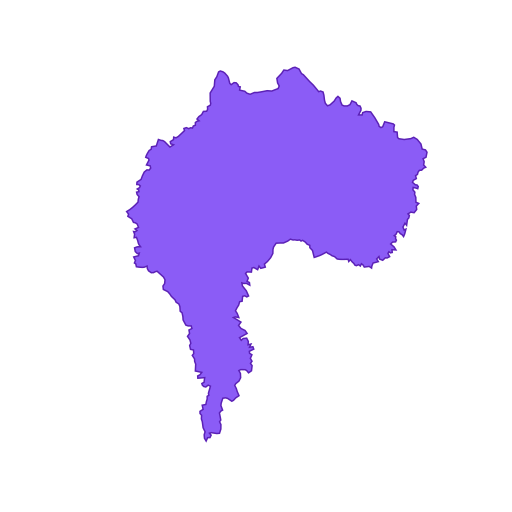 Santana da Boa Vista, Rio Grande do Sul, Brazil (orthographic projection), rotated 199°
{"feature_id": "56859067B73250631934504", "entity_name": "Santana da Boa Vista", "entity_type": "district", "adm_level": 2, "iso_a3": "BRA", "parent_name": "Brazil", "parent_adm1": "Rio Grande do Sul", "projection": "orthographic", "projection_center": [-53.19, -30.741], "detail": "fine", "context": "isolated", "style": "filled", "palette": "violet", "viewbox_px": 512, "rotation_deg": 199, "n_neighbors": 0, "source": "geoboundaries", "source_scale": "gbopen_adm2", "svg_char_len": 5855}
<svg xmlns="http://www.w3.org/2000/svg" viewBox="0 0 512 512"><g transform="rotate(199 256 256)"><path d="M127.4,404.7L128.1,409.8L130.3,411.5L133.7,411.2L136.5,415.6L141.5,418.7L145.5,419.6L147.8,417.4L153.8,414.4L159.1,413.4L160.7,414.1L162.9,419.1L166.1,418.5L167.5,422.5L167.7,424.9L169.3,425.6L178.0,424.8L178.3,419.4L179.7,418.1L181.8,418.7L182.9,420.4L188.7,425.4L194.5,429.6L199.0,428.5L201.8,426.3L201.6,423.9L205.0,422.8L204.2,427.9L204.8,429.9L206.5,431.7L208.3,431.4L210.0,432.1L211.3,433.5L215.8,433.9L216.4,429.7L218.5,427.6L221.5,426.6L223.7,426.7L226.3,429.5L227.9,432.5L230.5,433.6L231.7,431.4L232.5,427.9L235.2,423.0L237.3,421.3L240.2,423.0L241.9,425.5L244.2,430.2L246.0,432.9L248.7,433.0L250.2,431.8L257.4,436.2L262.1,438.4L270.2,442.8L272.4,443.3L276.2,446.8L280.5,447.2L282.3,446.1L286.5,441.6L290.2,440.9L291.2,437.1L294.1,430.7L291.9,426.6L289.4,424.3L289.6,421.5L294.8,417.1L299.3,415.9L304.5,412.9L307.8,411.1L310.7,410.1L314.2,407.0L317.7,407.0L320.2,408.1L325.5,407.5L326.0,410.8L327.8,410.6L328.8,412.1L331.1,413.3L333.2,412.8L335.3,409.9L337.0,410.7L340.1,415.4L341.4,416.7L345.1,418.8L347.3,419.4L350.0,419.3L351.3,417.9L351.4,412.8L352.3,409.2L350.7,402.9L352.4,395.2L349.6,387.3L348.5,385.6L348.3,383.7L350.5,381.3L349.5,379.0L349.8,376.8L352.8,375.6L353.4,372.0L355.4,369.2L356.4,366.3L353.9,365.3L355.6,364.2L356.8,362.5L355.9,359.9L357.6,358.5L357.7,356.3L359.5,356.0L361.1,354.5L363.6,354.7L365.7,353.1L364.4,351.3L366.6,347.1L368.4,343.7L370.1,341.7L372.5,341.6L371.9,339.2L374.3,336.2L373.2,334.3L370.2,334.3L372.8,331.0L379.7,334.4L381.7,334.8L383.5,334.4L386.2,334.4L386.1,327.6L390.3,325.3L389.9,322.8L391.4,320.9L392.1,317.6L392.4,315.4L392.4,313.4L389.4,313.2L388.4,311.9L389.2,306.4L385.4,306.8L384.2,304.8L385.0,302.5L387.2,301.9L389.0,299.0L389.5,294.8L389.6,291.0L392.6,287.1L392.0,284.8L390.1,285.3L388.2,284.6L388.4,282.7L390.1,280.7L388.5,280.3L387.7,278.7L389.7,277.5L388.4,275.4L385.9,274.0L385.8,271.5L385.1,268.5L386.7,265.1L388.5,261.8L390.5,258.7L392.8,255.9L390.1,254.1L390.1,251.8L385.6,250.7L382.8,247.9L380.8,248.1L378.7,247.5L376.4,244.8L379.2,242.2L376.8,241.3L378.1,239.6L379.7,239.3L377.9,237.1L377.2,233.6L375.1,234.7L372.9,232.1L371.5,229.9L370.3,228.6L368.2,227.2L371.3,226.0L373.5,224.2L371.6,220.9L368.9,219.6L367.3,220.7L367.2,218.0L371.3,215.3L368.5,212.4L368.7,209.8L367.1,209.4L365.6,206.9L362.9,207.4L359.9,208.2L358.2,208.9L355.7,211.0L354.6,208.7L352.8,207.0L349.6,206.1L347.5,206.9L346.3,208.2L344.6,209.4L336.6,206.0L334.3,203.9L333.4,200.1L334.2,197.3L332.7,194.2L327.9,193.6L325.1,192.0L322.9,190.3L320.5,189.2L318.3,188.2L316.5,186.3L313.3,185.5L311.5,183.4L309.7,179.1L307.4,178.2L305.4,174.9L304.1,171.8L299.8,167.8L297.5,167.8L294.5,168.8L293.0,166.6L295.3,164.2L293.6,161.1L294.6,157.7L291.1,155.1L289.2,152.2L289.6,149.8L287.5,146.4L284.5,146.8L283.1,143.4L283.9,141.3L280.6,138.7L279.7,136.4L277.8,134.1L275.9,127.5L269.4,128.3L270.3,125.5L272.1,123.6L271.2,121.5L264.9,124.3L264.5,122.0L264.0,119.7L265.7,117.8L264.7,116.4L262.9,115.6L260.8,115.8L259.2,118.3L256.7,118.1L256.3,110.7L255.3,109.0L256.5,107.4L255.6,104.9L255.5,102.2L255.1,99.3L258.3,97.4L256.1,93.8L258.4,90.9L257.6,88.8L255.6,87.7L254.6,84.2L252.8,81.8L250.1,76.4L246.9,73.2L246.8,70.1L245.4,66.9L242.9,64.8L242.6,68.5L240.4,69.3L240.1,72.0L242.3,73.3L240.8,74.4L235.2,75.4L232.8,76.5L232.9,80.9L234.3,85.2L236.5,87.4L235.9,89.4L237.1,91.6L239.5,95.7L238.6,98.1L237.4,99.4L240.5,103.2L241.0,105.5L241.1,110.7L238.6,112.0L236.4,112.1L231.6,110.8L230.3,112.2L229.0,115.2L226.6,118.4L229.6,121.7L231.5,124.3L234.0,126.7L233.6,128.7L231.4,132.2L230.9,135.9L232.5,139.9L234.9,142.1L233.5,143.6L229.2,145.0L227.4,144.6L225.0,143.1L222.9,146.0L224.0,151.1L226.3,152.7L225.5,155.2L228.0,157.3L227.7,161.3L230.4,161.9L231.3,163.7L227.8,167.2L229.4,169.2L232.4,167.6L232.1,171.1L234.6,169.5L235.4,172.7L238.1,175.3L241.3,173.8L242.5,171.5L245.0,173.4L239.2,179.9L242.1,182.0L246.6,182.6L249.9,184.7L248.7,188.6L257.3,190.5L255.7,191.7L252.2,192.2L255.1,195.6L257.6,197.5L257.1,200.9L256.4,203.9L256.6,207.5L254.4,208.7L255.5,213.5L253.7,214.7L251.4,214.3L250.0,215.8L253.8,219.9L259.1,223.3L260.6,226.0L258.8,226.0L256.1,227.0L252.4,226.4L253.6,228.8L256.2,229.1L256.1,232.6L260.2,236.1L259.2,238.1L255.1,239.3L255.9,243.2L254.3,244.4L250.0,243.6L249.9,247.5L247.5,245.9L245.6,247.1L243.6,248.5L245.4,251.1L243.4,254.5L241.6,259.2L240.9,263.9L242.1,267.7L242.3,270.3L241.1,274.7L236.8,276.4L234.2,277.3L230.8,280.5L229.0,283.1L226.2,283.2L224.7,283.9L222.2,284.3L219.9,285.4L218.3,284.8L217.0,286.0L213.9,285.2L211.5,283.8L208.6,283.6L207.8,281.4L204.4,279.6L200.5,273.6L198.9,274.8L196.0,277.1L194.4,278.6L192.7,280.4L190.7,282.6L188.8,281.9L186.2,281.6L184.3,281.0L181.5,281.0L178.3,279.6L175.8,280.1L172.9,281.0L167.9,282.9L166.5,281.0L165.6,283.3L163.1,281.7L161.0,280.8L159.6,279.6L158.0,279.5L156.2,281.2L154.1,280.5L153.8,283.0L151.9,282.4L150.0,280.8L147.4,282.1L145.6,283.0L142.8,282.2L143.2,284.2L143.0,287.5L141.3,288.6L138.5,290.5L141.0,292.5L139.6,295.5L138.2,293.3L134.8,293.2L133.1,296.4L131.4,296.8L129.4,298.9L132.1,301.4L131.7,303.3L130.0,302.7L128.3,303.7L129.5,306.2L125.7,307.3L128.5,309.6L132.6,311.2L131.4,313.6L128.6,314.8L128.4,316.7L129.7,317.9L130.2,319.8L131.9,320.2L130.7,322.1L130.4,325.0L128.8,325.5L127.0,324.2L124.6,323.6L122.8,322.4L122.6,325.3L123.0,330.2L124.4,328.8L126.5,331.2L125.8,335.5L123.6,334.1L124.7,339.9L123.9,341.7L124.2,344.3L126.0,345.3L123.9,347.9L120.6,348.4L119.2,352.3L120.7,355.4L119.2,358.7L122.3,358.9L124.0,363.5L126.1,365.8L126.6,368.1L129.2,369.7L129.7,372.0L127.0,372.3L125.0,372.3L125.2,374.5L126.9,375.6L128.5,375.2L132.0,376.6L131.9,378.8L129.6,381.4L131.3,383.9L129.9,385.7L130.1,387.9L129.4,390.2L127.3,391.1L126.1,393.6L124.4,395.2L127.1,396.6L127.7,399.9L129.7,402.4L127.4,404.7Z" fill="#8b5cf6" stroke="#5b21b6" stroke-width="1.5"/></g></svg>